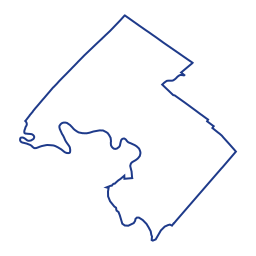 outline of Adancata, Ialomita, Romania
{"feature_id": "2599482B2487196456759", "entity_name": "Adancata", "entity_type": "district", "adm_level": 2, "iso_a3": "ROU", "parent_name": "Romania", "parent_adm1": "Ialomita", "projection": "orthographic", "projection_center": [26.439, 44.763], "detail": "fine", "context": "isolated", "style": "outline", "palette": "blue", "viewbox_px": 256, "rotation_deg": 0, "n_neighbors": 0, "source": "geoboundaries", "source_scale": "gbopen_adm2", "svg_char_len": 4131}
<svg xmlns="http://www.w3.org/2000/svg" viewBox="0 0 256 256"><path d="M106.5,187.4L108.6,188.0L108.0,191.4L108.1,196.4L110.1,201.3L114.3,206.5L116.0,207.7L116.2,208.4L116.2,209.3L116.6,210.6L118.5,212.0L119.8,215.3L122.3,223.7L124.8,225.5L128.3,225.7L133.7,223.1L135.1,220.9L135.5,218.9L136.9,217.6L138.9,217.6L142.7,220.0L146.5,223.9L148.5,227.2L150.7,231.3L151.3,234.8L152.0,236.5L151.8,238.4L151.7,240.1L152.8,240.6L155.7,239.4L160.9,230.4L164.7,226.6L168.0,225.1L169.9,224.6L172.0,225.6L173.6,223.4L173.8,223.5L176.3,220.5L199.4,193.8L221.5,168.3L222.2,167.6L231.8,156.4L235.9,151.6L234.3,149.7L229.6,144.4L223.3,137.4L221.8,135.6L219.6,133.7L218.0,132.5L212.4,128.0L213.7,126.2L211.9,124.9L207.1,121.3L208.1,119.6L206.8,118.7L205.5,117.8L205.3,117.6L204.7,117.2L202.4,115.5L201.6,114.9L200.8,114.4L195.6,110.5L191.1,107.2L184.7,102.5L174.7,95.4L173.2,95.1L162.2,84.6L164.1,82.8L165.7,81.6L166.6,81.0L167.1,80.8L168.2,80.7L169.2,80.7L171.5,80.7L172.4,80.6L173.1,80.4L173.5,80.2L175.1,79.1L176.2,78.1L177.3,76.9L178.4,76.0L179.2,75.5L179.5,75.3L180.4,75.0L181.1,75.0L183.0,75.2L183.8,75.4L184.0,75.4L184.3,75.1L181.1,72.5L190.6,64.6L192.4,63.1L192.6,62.8L191.2,61.8L190.6,61.4L187.5,59.3L165.1,43.8L163.5,42.7L155.2,36.7L153.0,35.2L149.9,33.0L149.2,32.5L148.3,31.9L145.2,29.8L138.9,25.4L133.7,21.7L129.9,19.0L124.8,15.4L124.7,15.4L120.2,20.4L110.1,30.9L106.5,34.3L105.5,35.2L104.6,36.1L104.3,36.4L95.5,44.7L84.4,55.3L79.6,60.2L77.8,62.0L77.5,62.4L77.0,62.9L74.3,65.7L72.6,67.4L70.3,69.8L69.5,70.6L66.1,74.1L62.8,77.4L59.1,81.2L56.8,83.8L53.7,87.0L53.0,87.6L43.9,98.3L42.9,99.4L39.1,103.9L36.1,107.4L35.8,107.7L33.2,110.9L33.0,111.2L32.5,112.0L31.6,113.0L31.0,113.8L30.6,114.2L29.8,115.1L29.8,115.3L29.7,115.5L29.4,115.8L25.7,120.6L25.3,121.0L25.8,121.5L26.2,122.1L26.5,122.7L26.7,123.4L26.8,124.2L26.7,124.9L26.3,125.9L25.8,126.6L25.4,127.5L25.2,128.4L24.7,129.7L24.5,130.2L24.3,131.3L24.3,132.1L24.4,132.8L24.7,133.2L25.2,133.4L25.6,133.6L26.3,133.6L27.9,133.8L29.3,133.9L30.4,134.0L31.3,134.1L32.0,134.3L32.5,134.6L33.4,135.3L33.8,135.8L34.0,136.3L34.2,136.8L34.2,137.2L34.1,137.7L33.7,138.6L33.3,139.1L32.6,139.5L31.8,140.0L31.2,140.4L30.4,140.6L29.6,140.7L28.7,140.8L27.8,140.6L27.1,140.3L26.1,139.5L25.2,138.8L24.5,138.3L23.9,138.0L23.3,137.7L22.6,137.5L22.0,137.5L21.2,137.6L20.8,137.7L20.4,138.1L20.2,138.7L20.1,139.3L20.1,140.2L20.4,141.0L20.9,141.7L21.6,142.2L22.6,142.6L23.6,142.8L24.8,143.1L25.5,143.3L26.8,143.6L27.7,144.0L28.8,144.4L30.3,145.0L30.9,145.4L31.7,145.9L32.2,146.6L33.1,147.3L33.7,147.8L34.3,148.1L35.0,148.1L35.7,148.1L36.4,148.0L38.6,147.2L39.5,146.8L41.6,146.1L43.4,145.7L46.3,145.1L47.5,145.0L50.6,145.2L53.0,145.4L54.0,145.6L55.4,146.1L58.0,147.4L61.3,149.4L62.9,150.7L64.5,152.0L65.4,152.5L66.8,153.0L68.3,153.1L69.1,153.0L69.9,152.5L70.1,151.7L70.2,150.7L70.2,149.8L69.8,147.3L69.1,146.0L68.1,144.6L66.8,142.8L66.3,142.1L65.4,140.6L64.8,139.3L64.2,137.8L63.6,136.6L63.0,135.4L62.1,134.1L60.7,131.0L59.8,129.0L59.4,127.3L59.4,126.1L59.7,125.5L60.7,124.1L61.7,123.3L62.5,122.9L63.7,122.6L65.5,122.6L67.1,123.0L68.2,123.8L70.0,125.0L72.4,127.5L73.4,128.7L74.6,129.8L76.9,131.4L78.6,132.4L82.6,133.2L86.6,133.3L89.6,132.7L93.4,131.5L99.6,130.4L103.1,130.5L106.2,132.1L107.7,133.1L109.4,135.5L109.7,136.2L110.6,137.8L110.8,139.3L111.0,141.3L110.8,142.8L110.9,144.2L111.0,145.3L111.8,146.8L112.6,147.7L113.7,148.6L114.5,148.8L115.6,148.9L117.0,148.5L117.9,147.8L118.9,147.1L119.6,146.2L120.0,145.2L120.2,144.1L120.6,142.3L121.0,140.8L121.4,139.8L122.2,139.0L123.2,138.6L124.2,138.5L125.3,139.1L126.1,139.8L126.6,140.6L127.4,141.5L128.3,142.3L129.5,142.8L130.8,143.3L132.5,144.1L134.7,145.1L136.6,146.3L137.9,147.5L138.8,148.3L139.4,149.3L140.1,151.1L140.4,152.3L140.4,153.4L140.2,154.4L139.9,155.5L139.8,156.0L138.8,157.3L137.9,158.4L136.7,159.4L135.4,160.3L133.8,161.2L132.1,162.2L130.9,163.5L130.4,165.2L130.2,165.9L130.5,167.2L130.9,168.9L131.6,171.6L131.8,174.2L132.1,177.7L132.2,178.1L124.4,178.8L124.3,175.7L120.4,179.0L118.3,180.4L116.7,181.8L114.7,183.7L113.5,183.8L112.6,184.6L111.8,185.7L110.4,185.8L109.4,186.3L108.0,186.8L106.5,187.4Z" fill="none" stroke="#1e3a8a" stroke-width="2"/></svg>